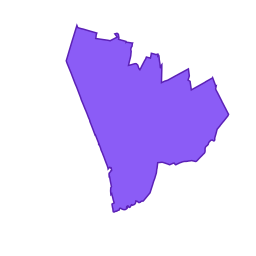 Dubnas pag., Daugavpils, Latvia, rotated 113°
{"feature_id": "27541924B73485467634467", "entity_name": "Dubnas pag.", "entity_type": "district", "adm_level": 2, "iso_a3": "LVA", "parent_name": "Latvia", "parent_adm1": "Daugavpils", "projection": "equal_earth", "projection_center": [26.682, 56.079], "detail": "fine", "context": "isolated", "style": "filled", "palette": "violet", "viewbox_px": 256, "rotation_deg": 113, "n_neighbors": 0, "source": "geoboundaries", "source_scale": "gbopen_adm2", "svg_char_len": 5357}
<svg xmlns="http://www.w3.org/2000/svg" viewBox="0 0 256 256"><g transform="rotate(113 128 128)"><path d="M92.3,209.3L100.0,201.5L102.1,199.5L107.9,193.9L109.6,192.1L111.3,190.4L115.5,186.4L118.3,183.7L120.4,181.9L122.9,179.3L126.5,175.7L128.9,173.2L131.1,171.0L132.8,169.4L134.3,167.9L135.0,167.1L136.1,166.1L136.6,165.7L136.8,165.7L141.5,161.1L143.6,159.1L147.4,155.5L147.1,155.3L152.6,149.9L153.9,148.6L154.3,148.8L154.6,148.5L154.3,148.3L157.0,145.6L158.8,144.2L161.6,141.2L161.8,141.1L163.3,139.6L164.1,138.8L167.0,136.1L170.8,132.4L172.5,130.9L173.5,130.3L172.3,129.9L171.4,129.6L171.3,129.4L171.3,128.8L171.9,127.9L172.0,127.7L171.7,127.6L173.2,126.6L173.6,126.5L174.0,127.0L174.5,127.0L175.5,127.2L176.2,127.4L176.9,127.7L177.5,127.3L177.8,127.5L180.0,126.4L179.7,126.2L180.5,125.6L181.4,125.0L182.8,124.1L183.9,123.4L188.5,120.3L190.0,120.5L190.3,120.3L192.6,119.5L193.8,118.9L196.0,117.7L194.9,117.3L196.0,116.6L196.1,116.4L197.1,115.6L198.0,114.9L199.8,113.6L202.3,111.5L204.3,113.0L205.5,112.3L207.5,111.0L208.0,110.5L208.4,110.3L209.3,109.8L210.4,109.2L210.8,108.9L210.8,108.7L210.9,108.3L210.8,108.0L210.7,107.9L210.5,107.7L210.2,107.5L209.9,107.4L209.7,107.2L209.5,106.6L209.1,106.2L208.9,105.8L207.9,105.2L207.7,105.0L207.5,104.8L207.3,104.3L207.1,104.2L206.8,104.1L206.3,104.1L205.9,104.1L205.6,104.2L205.4,104.3L205.1,104.1L204.9,103.8L204.7,103.3L204.8,102.9L204.9,102.3L205.0,101.6L204.9,100.5L204.8,100.1L204.6,99.4L204.3,98.9L203.9,98.4L202.5,97.5L201.9,97.4L201.6,97.4L201.5,97.6L201.5,97.8L201.9,98.1L201.7,98.3L201.4,98.4L200.7,98.4L199.9,97.9L199.7,97.7L199.8,97.3L200.1,97.0L200.4,96.3L200.5,96.1L200.5,95.9L200.5,95.6L200.4,95.5L200.3,95.4L200.1,95.3L200.0,95.2L199.7,95.1L199.1,95.0L198.8,95.0L197.8,94.9L197.4,94.9L197.2,94.8L197.2,94.7L197.4,94.6L197.5,94.4L197.5,94.2L197.4,94.0L197.4,93.8L197.1,93.5L197.0,93.3L196.8,93.2L196.6,93.0L196.5,92.9L196.2,92.5L195.6,92.1L194.9,91.9L194.3,91.8L193.7,91.8L192.4,92.1L192.1,92.2L191.9,90.6L192.2,89.8L192.4,89.1L192.4,88.7L192.0,88.4L191.5,87.7L191.0,87.5L190.6,87.4L190.4,87.1L190.2,86.9L189.9,86.7L189.7,86.5L189.7,86.3L189.6,86.0L189.5,85.8L189.3,85.5L189.2,85.4L179.1,82.4L171.5,83.1L171.3,83.1L166.9,83.6L166.1,83.6L163.8,83.7L161.4,84.0L158.6,84.3L158.4,84.3L154.4,85.5L153.9,85.5L148.3,87.1L147.9,86.4L147.7,86.0L147.6,85.8L147.4,85.3L146.7,84.2L146.2,83.2L146.0,82.3L146.0,82.0L145.9,81.1L145.9,80.6L145.8,80.0L145.8,79.4L145.7,78.4L145.6,77.0L145.6,75.6L145.6,75.4L145.3,75.1L145.0,74.7L144.8,74.6L144.5,74.3L143.6,73.5L143.5,73.3L143.1,73.0L143.0,72.9L142.6,72.3L142.5,72.1L142.3,71.9L142.3,71.7L142.8,70.9L142.9,70.7L143.2,69.9L143.2,69.7L142.7,69.2L141.9,68.6L141.5,68.3L141.1,67.8L140.2,67.1L139.7,66.6L139.1,65.9L138.1,64.9L137.8,64.5L137.4,64.0L137.1,63.6L136.7,63.0L136.5,62.4L136.1,61.7L135.9,61.1L135.5,60.6L135.4,60.3L134.6,59.2L134.1,58.2L133.2,56.8L133.0,56.3L132.9,55.3L132.7,54.6L132.5,53.0L132.3,52.5L132.0,52.2L131.6,51.9L130.6,51.5L128.4,50.7L126.3,49.9L124.4,49.1L123.6,48.8L123.0,48.6L122.3,48.3L121.9,48.1L121.0,47.8L120.4,47.8L120.0,47.8L119.7,47.9L119.2,48.0L118.8,48.2L118.2,48.4L117.8,48.6L117.3,48.9L117.0,49.0L116.7,49.0L116.2,49.1L115.8,49.2L115.5,49.2L115.0,49.1L114.7,49.0L114.3,48.9L113.8,48.7L113.4,48.4L113.1,48.2L112.6,48.1L112.2,47.9L111.9,47.8L111.7,47.8L111.4,47.8L110.1,48.0L109.6,47.9L109.1,47.8L108.7,47.6L107.5,47.2L107.2,47.1L106.8,46.8L106.7,46.7L106.4,46.1L106.2,45.6L106.1,45.3L106.2,44.9L106.4,44.5L106.4,44.3L106.4,44.0L106.3,43.8L106.2,43.7L105.7,43.5L105.2,43.5L104.8,43.6L104.5,43.7L104.2,43.9L103.4,44.2L102.2,44.4L98.8,44.8L96.7,45.1L96.4,45.2L94.9,45.4L94.2,45.4L93.9,45.4L93.7,45.3L92.2,44.8L91.0,44.5L90.2,44.2L89.4,44.1L88.4,43.8L87.0,43.4L85.9,43.1L84.4,42.6L78.6,41.0L78.3,40.9L77.9,40.8L77.5,40.8L76.0,40.8L75.9,41.0L75.7,41.3L72.9,44.7L71.6,46.2L71.5,46.4L67.9,50.7L67.6,51.2L67.1,51.7L66.9,52.0L66.7,52.1L60.3,59.7L59.4,60.9L57.9,62.6L54.6,63.3L55.1,63.8L54.8,63.9L48.7,69.7L48.8,69.7L55.1,74.6L55.7,74.9L56.1,75.2L60.1,78.3L60.5,78.6L68.2,84.6L60.8,89.1L60.4,91.5L57.7,91.7L56.1,91.9L50.0,95.5L61.3,104.5L62.6,105.5L65.4,107.7L68.6,110.2L70.6,112.6L72.6,114.3L73.2,114.9L61.3,119.6L56.5,121.6L56.9,121.7L59.1,121.1L59.7,121.4L59.8,121.5L59.8,121.8L56.4,123.7L52.9,125.9L50.6,127.1L49.3,127.9L49.0,128.4L49.9,128.7L49.4,128.9L48.7,129.2L48.3,129.4L48.8,130.1L49.5,130.9L49.6,132.4L50.1,135.7L52.1,135.2L53.3,135.0L54.9,134.7L55.5,138.8L56.4,138.8L57.2,138.7L57.5,138.7L58.8,138.9L59.3,139.0L64.3,139.4L65.5,139.5L67.6,139.6L68.0,139.6L68.7,139.8L69.3,139.8L69.8,139.8L69.8,140.0L68.5,141.7L66.3,143.6L65.6,145.5L65.7,145.8L65.9,146.4L66.2,146.9L67.2,148.2L67.9,149.0L69.5,151.0L70.0,151.7L70.2,152.0L65.8,152.8L62.4,153.3L60.4,153.7L57.3,154.7L56.3,155.0L54.5,156.2L53.9,156.3L52.3,156.5L52.2,156.5L51.5,156.2L51.4,156.2L49.9,156.6L48.5,157.0L48.3,157.0L48.0,157.0L48.3,157.8L49.0,160.7L49.3,161.7L49.7,163.2L49.9,163.3L49.7,163.4L49.1,163.6L49.3,165.6L49.8,168.9L50.0,171.4L49.0,171.5L48.3,171.7L45.5,173.5L45.4,173.7L45.1,175.1L46.5,176.9L47.4,175.4L48.5,173.4L49.2,174.0L51.4,175.8L51.5,175.9L54.7,178.6L54.8,179.4L55.1,180.8L58.0,191.8L58.2,192.7L57.5,192.8L54.9,193.6L54.1,193.7L53.3,193.8L52.8,193.8L52.9,194.8L53.3,198.1L53.8,202.1L54.5,208.3L54.7,209.0L55.1,212.0L55.2,213.4L55.2,213.5L54.9,213.8L53.6,215.1L72.8,213.1L90.3,211.1L92.3,209.3Z" fill="#8b5cf6" stroke="#5b21b6" stroke-width="1.5"/></g></svg>